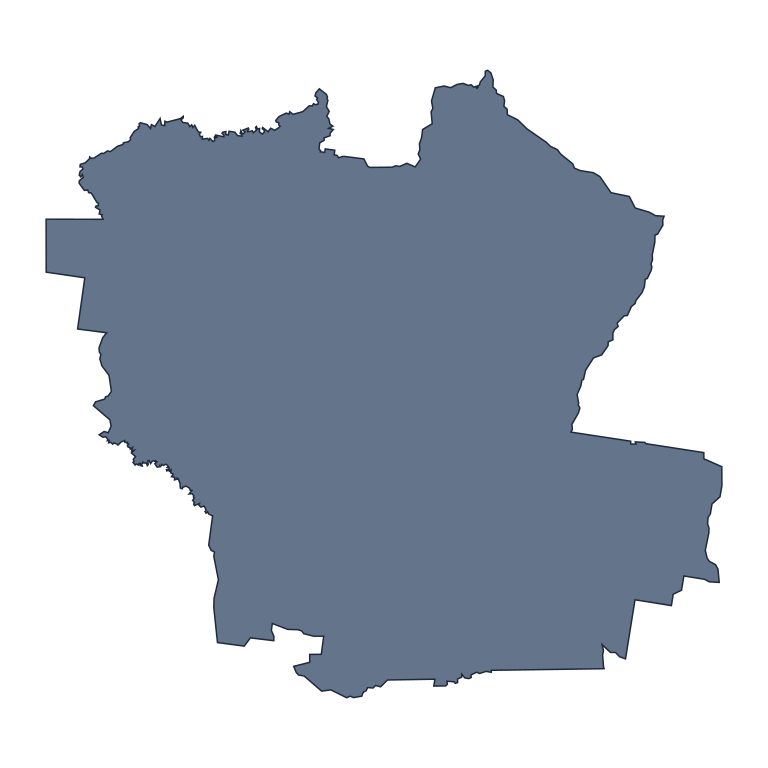 Southern Grampians, Victoria, Australia
{"feature_id": "25037944B54836880156068", "entity_name": "Southern Grampians", "entity_type": "district", "adm_level": 2, "iso_a3": "AUS", "parent_name": "Australia", "parent_adm1": "Victoria", "projection": "natural_earth1", "projection_center": [141.808, -37.53], "detail": "fine", "context": "isolated", "style": "filled", "palette": "slate", "viewbox_px": 768, "rotation_deg": 0, "n_neighbors": 0, "source": "geoboundaries", "source_scale": "gbopen_adm2", "svg_char_len": 6053}
<svg xmlns="http://www.w3.org/2000/svg" viewBox="0 0 768 768"><path d="M664.1,216.2L655.6,215.7L649.3,212.2L635.2,208.0L629.3,196.5L611.0,192.7L599.9,176.6L593.4,172.7L580.3,170.6L574.5,168.2L572.7,163.8L560.6,154.0L557.4,149.6L550.5,146.4L546.3,142.3L526.9,128.8L517.7,119.8L507.4,114.7L507.1,109.1L503.9,106.3L504.6,100.8L503.4,96.5L496.5,93.4L496.2,90.0L492.9,87.1L493.2,79.8L490.8,72.8L487.6,70.3L485.3,71.2L485.2,75.8L480.3,81.9L479.4,85.1L477.2,86.1L478.0,87.2L476.9,88.3L475.7,86.4L473.7,87.1L471.1,84.7L468.3,85.4L463.3,83.4L457.4,84.3L450.6,87.7L444.2,86.0L435.3,87.8L431.5,100.9L432.8,108.5L431.1,111.9L432.2,123.7L422.6,129.5L421.6,137.7L419.4,143.8L419.9,149.7L418.2,153.9L420.6,159.1L415.2,166.9L406.8,163.3L399.8,166.4L395.6,165.8L392.4,167.2L369.8,167.4L367.6,166.2L363.9,158.9L343.5,156.3L338.7,157.7L336.9,155.3L334.2,154.9L334.8,150.2L325.2,148.9L324.7,152.4L320.3,151.8L320.7,150.8L319.0,148.9L319.7,142.9L324.2,140.3L324.0,138.0L330.1,135.7L330.1,133.3L333.3,129.5L328.7,128.3L332.9,126.2L329.9,124.0L328.9,118.9L326.8,116.4L329.2,111.3L326.4,106.6L327.9,100.3L326.9,98.5L327.5,97.1L326.4,94.4L319.3,88.8L315.9,92.8L315.0,96.0L317.5,98.1L316.6,99.6L318.4,102.1L318.1,104.0L315.5,104.7L313.5,103.7L312.3,105.9L309.2,105.8L302.7,111.7L293.0,114.3L289.7,111.7L289.1,114.1L286.2,113.1L279.1,116.5L275.7,120.5L276.2,122.0L278.7,122.6L278.7,124.9L280.1,126.2L278.9,127.6L274.7,130.3L270.7,128.2L268.1,131.7L262.6,127.5L262.3,128.8L264.0,129.9L264.3,132.2L262.2,134.1L259.4,131.8L259.6,128.5L257.6,129.1L256.4,126.5L255.5,127.4L256.4,130.1L253.4,132.7L252.3,130.8L247.7,131.8L247.5,130.6L248.8,129.3L248.3,128.0L242.8,130.2L245.1,131.9L243.4,133.6L242.4,133.8L240.8,130.7L240.2,133.6L241.6,134.2L241.9,136.2L237.6,135.6L234.9,132.2L229.1,131.2L228.1,135.2L225.7,134.4L225.9,131.5L222.7,132.2L222.0,133.4L223.9,135.0L223.8,136.8L215.7,135.0L214.7,136.6L216.7,136.3L216.9,137.4L214.6,138.1L214.6,140.5L213.0,141.6L209.9,138.4L208.9,140.2L207.7,138.4L202.2,139.1L202.5,136.4L200.5,136.7L199.3,134.4L200.7,132.3L198.2,131.9L194.7,125.3L193.0,127.5L191.7,124.8L189.9,126.6L187.7,123.1L182.8,122.5L181.0,119.9L183.3,117.8L183.2,116.3L180.5,118.6L167.0,122.1L164.9,121.2L164.6,125.7L161.4,124.8L160.1,118.5L154.9,126.5L151.4,124.6L150.5,128.5L147.2,124.6L140.4,122.7L139.1,123.7L139.5,126.3L138.1,126.9L138.6,128.5L134.2,131.4L130.2,137.6L130.5,139.8L128.4,141.7L123.4,142.8L122.8,144.5L117.6,146.2L110.4,151.6L107.5,150.9L103.6,153.5L101.5,153.2L94.1,158.0L91.3,158.3L89.7,157.0L89.5,158.7L85.2,162.8L80.3,164.4L79.9,166.8L82.3,167.1L82.9,169.0L80.1,171.5L79.2,175.1L80.8,176.9L82.3,174.6L83.3,177.3L79.4,180.6L79.1,183.2L84.4,190.4L87.8,190.1L88.6,192.6L91.3,193.1L97.0,202.6L98.5,203.3L98.1,205.8L96.0,206.0L95.5,207.3L100.0,210.0L99.2,214.0L102.1,214.7L101.5,215.7L103.0,219.3L46.1,219.2L46.2,272.2L84.8,277.8L77.6,329.0L106.6,332.8L102.7,337.7L99.0,348.0L99.3,352.0L100.9,354.6L99.8,358.9L102.0,366.0L109.0,375.3L111.4,391.4L108.0,396.1L105.6,396.8L104.6,399.1L95.6,401.8L93.4,405.7L109.9,419.8L111.1,426.2L108.2,432.7L104.1,431.5L99.2,434.8L102.8,437.2L105.7,436.7L107.8,439.4L107.3,440.7L109.2,440.4L108.6,442.8L110.7,442.3L112.7,444.2L114.1,442.9L117.9,444.5L117.6,445.5L121.2,441.9L124.7,440.5L124.9,442.4L127.4,442.3L127.1,443.6L128.7,444.1L127.4,445.7L128.1,447.0L129.9,447.6L130.3,449.1L132.6,447.5L131.6,450.9L134.2,450.2L131.4,453.0L135.5,456.5L133.3,459.2L133.9,461.3L133.0,462.4L135.1,465.0L136.2,464.0L138.8,465.2L138.9,463.6L140.3,463.4L140.6,465.6L142.2,466.0L141.6,464.1L142.9,462.9L142.6,461.5L143.8,463.0L146.5,463.1L147.3,465.6L148.2,464.6L147.8,460.8L148.9,460.4L150.6,463.6L152.0,461.4L153.8,460.7L155.6,461.9L155.9,460.9L156.9,461.9L154.8,463.7L157.1,467.1L160.2,466.7L159.9,465.4L161.2,465.8L162.0,464.4L163.4,465.4L165.8,464.2L167.6,465.5L168.3,466.5L167.3,467.4L168.9,467.5L169.4,469.1L166.4,469.7L166.8,470.9L168.3,470.2L169.5,471.3L171.0,470.0L170.7,472.8L173.2,474.1L171.5,476.7L174.7,477.3L174.5,479.9L177.1,479.2L177.2,478.1L178.3,478.9L180.1,483.7L180.3,488.0L182.2,488.8L182.8,487.3L186.0,486.1L189.4,488.1L190.2,490.3L191.9,490.5L189.1,494.0L192.0,493.6L193.8,495.7L193.4,497.0L194.4,498.1L192.6,500.3L194.5,502.6L193.6,504.1L194.5,505.6L199.4,503.5L198.8,504.9L200.9,507.1L204.0,506.1L205.1,507.6L206.0,510.4L205.0,511.5L206.1,513.2L207.7,511.8L208.7,514.0L212.6,515.9L208.7,545.2L211.2,550.4L214.5,552.0L213.8,556.3L218.4,579.8L214.0,598.5L213.8,607.7L217.5,642.6L244.2,646.1L250.4,637.9L273.8,640.7L273.9,636.4L271.4,630.4L272.3,623.5L287.7,629.4L298.0,629.7L301.6,630.9L303.8,633.7L313.6,636.2L323.7,636.2L321.3,654.3L309.7,654.4L309.7,662.3L293.7,666.3L296.2,672.4L298.5,675.0L304.1,676.0L321.6,691.1L330.9,689.9L346.6,697.7L350.2,696.2L353.5,697.6L361.7,696.2L363.3,692.2L366.1,690.8L367.7,687.6L373.1,688.0L375.6,685.5L380.6,686.8L387.5,680.0L434.9,679.2L433.8,686.1L445.7,685.9L447.4,684.2L446.9,681.2L453.9,681.8L455.3,683.4L457.6,682.6L457.6,679.0L461.6,677.2L461.8,674.2L464.7,677.9L468.9,678.6L471.2,677.5L471.0,674.9L476.8,672.2L479.5,673.5L486.1,671.4L491.3,672.3L491.3,670.3L604.7,668.7L603.7,668.3L602.6,655.2L603.5,650.6L602.1,644.6L610.4,652.4L615.5,652.5L619.5,656.7L625.5,658.9L635.0,599.8L671.4,605.6L673.2,594.2L681.5,590.2L683.9,576.0L704.5,579.3L709.2,581.8L719.2,582.4L718.0,569.2L715.6,564.7L709.4,561.4L707.1,558.0L705.3,550.4L708.8,533.2L709.0,528.1L707.6,523.9L708.0,517.6L710.4,513.7L712.0,504.0L720.0,496.8L721.9,485.9L721.8,466.7L703.9,458.8L703.8,452.6L645.7,443.6L644.9,442.4L635.3,441.9L635.9,444.0L630.7,444.0L630.7,441.2L570.9,432.1L572.4,429.4L571.9,424.4L578.5,412.8L579.9,407.9L578.1,404.9L578.7,403.4L577.1,394.5L580.8,386.1L581.9,380.2L583.5,379.4L585.6,370.2L593.5,357.9L601.7,354.9L608.1,345.6L608.2,341.9L612.9,339.8L612.9,333.2L614.4,329.7L618.2,326.4L617.1,323.2L624.2,315.8L627.4,315.5L631.4,306.6L635.2,303.4L635.8,300.7L642.1,292.5L644.4,286.7L645.2,279.2L647.3,278.5L651.1,270.5L651.9,267.0L651.0,264.1L652.5,259.9L652.3,254.6L654.8,242.4L655.0,235.2L657.6,234.1L662.9,225.1L662.7,220.0L664.1,216.2Z" fill="#64748b" stroke="#1e293b" stroke-width="1.5"/></svg>